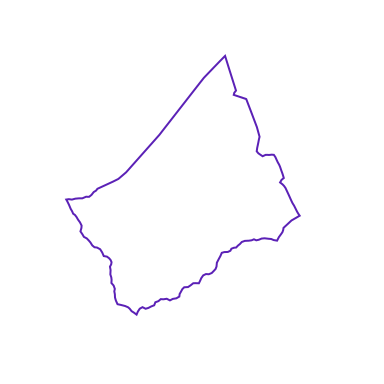 the district of Olindina, Bahia, Brazil, rotated 210°
{"feature_id": "56859067B31998944625923", "entity_name": "Olindina", "entity_type": "district", "adm_level": 2, "iso_a3": "BRA", "parent_name": "Brazil", "parent_adm1": "Bahia", "projection": "orthographic", "projection_center": [-38.373, -11.445], "detail": "fine", "context": "isolated", "style": "outline", "palette": "violet", "viewbox_px": 384, "rotation_deg": 210, "n_neighbors": 0, "source": "geoboundaries", "source_scale": "gbopen_adm2", "svg_char_len": 2293}
<svg xmlns="http://www.w3.org/2000/svg" viewBox="0 0 384 384"><g transform="rotate(210 192 192)"><path d="M297.1,122.6L295.1,121.4L292.1,119.4L288.7,116.8L286.1,115.3L284.1,113.8L281.9,113.6L279.5,112.6L276.9,111.1L273.8,109.7L270.8,107.7L269.8,105.6L268.9,102.1L265.6,100.5L263.2,99.1L259.9,99.2L256.9,98.3L254.7,97.5L251.7,95.9L248.8,95.4L246.5,96.4L242.9,96.5L239.5,94.7L236.4,92.4L233.4,93.5L230.7,93.2L228.5,92.4L226.6,91.0L225.8,88.9L225.7,86.3L223.5,83.7L221.5,79.8L219.2,77.7L217.7,75.7L216.3,72.9L213.1,71.8L210.4,69.5L209.6,67.1L207.7,64.9L205.9,62.1L203.6,59.9L200.4,57.6L197.6,58.5L195.5,59.1L193.0,59.8L189.8,60.2L187.7,59.8L184.7,58.6L182.1,58.5L178.7,58.1L179.1,61.4L178.9,64.8L177.3,67.5L173.8,67.7L171.8,69.8L170.1,72.5L168.1,75.0L168.6,78.2L166.5,80.7L165.5,83.6L163.1,84.8L160.5,86.9L156.9,87.1L155.2,89.8L152.4,92.1L150.7,95.1L151.7,97.5L151.7,99.8L151.8,103.1L151.1,105.6L147.9,107.7L146.5,110.6L145.3,113.6L143.4,114.8L140.4,116.4L140.6,119.3L140.9,122.1L140.6,125.4L138.9,127.9L136.3,129.2L134.4,131.7L133.7,134.4L133.1,137.1L133.5,139.7L135.1,143.2L135.3,147.4L135.4,150.9L135.8,154.2L134.0,156.1L131.0,158.0L129.4,160.3L129.5,162.6L127.8,164.7L126.0,166.0L125.4,168.6L124.5,170.9L123.9,173.6L121.8,176.1L118.5,178.2L116.2,180.0L114.7,182.0L112.2,182.3L110.3,184.0L108.4,186.5L106.0,188.2L102.5,189.7L99.9,190.9L97.3,191.2L94.0,192.4L94.2,196.4L93.8,199.9L93.6,202.4L94.0,204.6L94.8,206.7L91.6,217.1L86.9,225.3L89.0,226.3L91.3,227.6L94.3,229.6L96.9,231.3L99.2,232.5L101.0,233.7L103.1,235.2L106.0,237.3L108.7,239.2L111.0,240.8L113.0,242.2L115.4,243.3L117.5,243.9L120.5,244.3L120.5,247.3L119.5,250.0L121.7,252.1L123.5,253.7L125.2,255.1L126.8,256.5L128.4,257.9L130.3,259.3L132.4,260.5L135.0,262.3L137.2,263.9L139.7,265.1L141.6,264.2L143.5,262.8L146.8,261.0L148.7,258.3L151.8,258.5L153.9,258.7L156.3,259.6L157.6,262.8L158.4,265.3L159.4,268.3L160.4,271.2L161.1,273.6L168.2,280.6L183.1,292.8L191.5,299.6L204.4,297.0L205.0,299.1L204.6,301.8L222.2,317.9L231.4,326.4L233.3,319.1L235.5,310.3L238.8,296.9L239.8,290.0L248.1,230.5L248.8,225.3L258.9,176.1L262.3,166.5L265.6,161.5L275.5,147.5L275.8,145.2L277.1,142.8L277.6,139.2L278.7,136.4L281.4,134.9L283.8,131.7L287.0,129.8L289.7,127.9L292.2,125.4L295.1,124.2L297.1,122.6Z" fill="none" stroke="#5b21b6" stroke-width="2"/></g></svg>